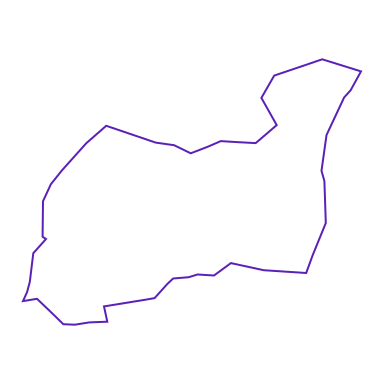 the district of Mo'nxxaan, Sühbaatar, Mongolia
{"feature_id": "93677404B72955600082369", "entity_name": "Mo'nxxaan", "entity_type": "district", "adm_level": 2, "iso_a3": "MNG", "parent_name": "Mongolia", "parent_adm1": "Sühbaatar", "projection": "albers", "projection_center": [112.193, 47.167], "detail": "fine", "context": "isolated", "style": "outline", "palette": "violet", "viewbox_px": 384, "rotation_deg": 0, "n_neighbors": 0, "source": "geoboundaries", "source_scale": "gbopen_adm2", "svg_char_len": 682}
<svg xmlns="http://www.w3.org/2000/svg" viewBox="0 0 384 384"><path d="M106.2,125.8L86.3,143.2L62.0,170.3L50.9,184.2L43.0,201.2L42.6,236.8L46.0,239.0L33.3,253.2L29.8,281.9L27.1,292.0L23.0,301.1L37.0,298.8L53.2,314.3L63.3,324.2L74.8,324.7L89.3,322.4L107.3,321.7L104.0,306.4L146.1,299.6L154.6,298.1L167.2,284.1L173.1,278.5L188.7,277.2L197.5,274.5L214.0,275.5L230.9,263.1L263.6,270.2L306.2,273.0L312.6,255.4L325.8,223.0L324.4,181.1L321.5,170.8L326.5,135.1L344.1,97.5L350.6,90.3L361.0,71.4L322.2,59.3L274.2,75.6L261.4,97.9L276.7,125.1L255.7,143.1L236.8,142.1L220.8,141.1L208.1,146.6L190.7,153.3L174.1,145.2L155.7,142.6L106.2,125.8Z" fill="none" stroke="#5b21b6" stroke-width="2"/></svg>